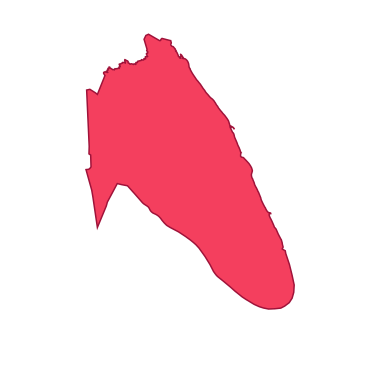 Sveitarfélagið Árborg, Suðurland, Iceland, rotated 225°
{"feature_id": "244011B44443724675216", "entity_name": "Sveitarfélagið Árborg", "entity_type": "district", "adm_level": 2, "iso_a3": "ISL", "parent_name": "Iceland", "parent_adm1": "Suðurland", "projection": "natural_earth1", "projection_center": [-20.988, 63.9], "detail": "fine", "context": "isolated", "style": "filled", "palette": "rose", "viewbox_px": 384, "rotation_deg": 225, "n_neighbors": 0, "source": "geoboundaries", "source_scale": "gbopen_adm2", "svg_char_len": 5724}
<svg xmlns="http://www.w3.org/2000/svg" viewBox="0 0 384 384"><g transform="rotate(225 192 192)"><path d="M282.8,132.9L264.2,122.4L258.7,118.5L233.8,100.0L242.7,121.5L244.7,125.0L250.8,145.1L246.9,147.5L242.0,150.8L226.4,149.9L219.4,149.4L217.7,149.5L213.4,150.4L212.2,150.5L210.7,150.2L209.6,149.8L208.2,149.4L206.6,149.3L204.8,149.5L201.8,150.6L199.8,151.1L198.1,151.3L195.7,151.2L193.2,150.8L189.8,150.5L187.2,150.5L186.0,150.6L182.3,151.5L173.3,154.3L165.5,155.9L159.3,156.9L155.3,157.3L151.9,157.5L147.4,157.3L137.2,155.6L127.9,153.4L120.5,151.0L118.0,150.6L115.5,150.3L113.1,150.4L108.8,150.9L98.2,151.9L91.4,152.3L82.3,153.3L77.9,154.2L68.6,156.5L63.3,158.5L59.3,160.6L55.1,163.4L50.8,168.1L47.1,172.7L45.8,176.8L45.0,182.5L46.1,187.7L49.1,193.0L54.0,198.5L62.5,204.0L71.8,209.6L82.2,214.8L84.5,216.4L87.8,215.5L88.2,216.0L88.5,217.3L88.8,217.6L90.9,218.8L92.4,219.9L95.1,221.4L96.1,221.6L101.2,223.2L106.0,225.1L106.8,225.3L109.0,225.4L109.9,225.9L110.6,226.2L114.4,227.7L116.7,228.5L118.7,229.1L119.9,229.6L121.0,230.2L121.5,230.6L121.9,231.2L122.0,231.4L121.8,231.8L121.0,232.3L121.2,232.6L121.6,232.7L123.2,231.7L123.9,231.5L124.9,231.5L126.0,231.7L127.9,232.2L128.7,232.6L129.9,232.8L133.1,233.8L136.5,235.0L138.1,235.7L139.1,236.4L140.0,236.8L144.9,238.9L145.5,239.0L146.3,239.2L146.7,239.5L148.2,240.0L149.2,240.4L150.5,240.7L152.9,241.5L154.6,242.5L156.8,243.4L158.8,244.3L159.5,244.4L160.0,244.6L161.4,245.5L162.4,246.4L163.2,247.8L163.4,248.2L164.3,249.7L164.9,250.1L166.9,251.2L169.3,251.9L171.9,252.4L176.3,252.6L177.8,252.6L179.5,252.7L180.2,252.6L181.7,251.6L183.0,251.7L184.4,253.2L184.8,253.9L184.9,254.0L185.2,254.1L185.4,254.3L185.2,254.6L186.4,254.9L187.5,255.5L188.3,255.9L189.4,256.3L189.9,256.6L191.5,257.1L193.4,257.8L194.0,258.2L195.4,258.8L200.7,260.9L202.4,262.0L203.5,262.6L204.5,262.9L205.3,262.9L205.6,262.9L208.1,263.8L209.7,264.3L210.5,264.6L210.8,264.8L209.3,265.6L210.6,265.1L211.5,265.4L211.7,265.5L211.8,265.7L210.2,266.3L209.4,266.5L208.0,266.6L207.3,266.4L207.0,266.4L207.0,266.6L208.1,266.8L209.1,266.7L212.3,265.8L213.6,266.6L216.5,268.1L217.3,268.3L219.1,268.7L223.1,269.3L225.9,269.4L228.1,269.7L229.1,269.7L233.0,270.2L234.4,270.7L235.8,270.8L236.8,271.0L238.0,271.4L239.6,271.7L240.9,272.0L242.6,272.1L243.3,272.1L244.8,271.9L245.8,271.8L247.7,271.9L249.7,272.1L252.1,272.2L253.5,272.4L254.8,272.8L255.9,272.9L257.5,273.1L259.7,273.6L260.5,273.7L262.1,274.1L264.7,274.3L265.9,274.5L268.0,274.6L274.6,275.9L276.3,276.3L279.7,277.3L280.2,277.7L280.9,277.9L281.6,278.0L282.4,278.3L284.1,279.6L285.4,280.5L287.4,281.3L288.6,281.5L289.7,281.5L290.7,281.4L291.4,281.1L292.2,280.5L292.8,280.0L293.1,280.0L293.4,280.3L293.2,280.8L294.8,281.1L295.9,281.4L297.0,281.4L297.4,281.3L297.4,281.2L297.2,281.0L296.6,280.8L296.0,280.3L295.6,279.9L295.7,279.4L295.2,278.9L294.6,278.6L295.0,278.2L295.6,278.2L296.0,278.5L296.3,278.7L296.8,278.6L297.0,278.3L297.3,278.3L297.7,278.4L298.1,278.8L299.6,279.3L300.2,279.6L301.7,280.1L302.5,280.1L302.9,280.1L302.9,280.4L303.0,280.6L303.5,280.8L304.4,280.8L304.8,281.0L305.1,281.3L306.0,281.3L307.8,281.5L308.3,281.4L308.9,281.0L309.6,280.8L310.9,281.0L311.4,281.4L311.7,281.8L311.9,282.6L312.2,282.9L312.6,283.2L313.8,283.7L314.1,284.0L314.5,283.7L321.8,279.4L321.9,279.2L321.9,278.9L321.9,277.9L321.5,277.4L321.5,276.9L321.5,276.6L321.8,276.3L322.0,276.1L334.3,272.8L335.3,270.1L333.9,266.1L324.7,261.1L324.0,259.9L323.8,259.8L322.9,259.9L322.4,259.8L322.1,259.5L322.1,259.2L321.6,258.8L321.6,258.2L322.1,257.9L322.1,257.7L321.8,257.3L321.0,257.1L320.7,256.8L319.2,256.4L319.2,256.2L319.4,255.9L319.7,255.6L319.8,255.5L320.4,255.1L320.6,254.8L320.6,254.7L320.5,254.4L320.3,254.3L319.8,253.8L319.2,253.6L319.0,253.4L319.1,253.2L319.3,252.8L319.9,252.6L320.2,252.3L320.2,252.2L319.9,252.0L319.6,251.7L319.7,251.2L319.9,250.8L319.9,250.7L320.1,250.5L320.6,250.2L321.1,250.1L321.2,249.9L320.9,249.7L321.0,249.3L321.0,249.0L321.8,247.8L322.1,247.2L322.3,247.0L322.3,246.8L322.4,246.6L322.8,246.2L322.6,245.8L322.6,245.2L322.2,245.0L322.2,244.8L322.3,244.7L322.6,244.5L323.1,244.1L323.1,243.8L323.0,243.5L322.7,243.3L322.5,243.2L322.2,242.8L322.0,242.6L322.0,242.4L323.6,241.7L323.5,241.3L323.5,241.1L323.5,240.9L323.7,240.7L324.3,240.4L324.8,240.3L325.3,240.0L325.6,239.7L325.9,239.3L325.9,239.0L326.0,238.9L326.5,238.5L326.9,238.6L327.3,238.7L327.9,238.4L328.2,238.2L328.5,238.2L329.3,239.0L329.5,239.1L330.1,239.1L330.5,239.0L331.9,238.5L333.0,238.2L333.0,237.9L332.6,237.6L332.4,237.2L331.4,236.8L331.0,236.7L330.5,236.1L331.3,235.9L331.4,235.5L332.0,235.2L332.3,234.8L332.7,234.5L332.7,234.4L332.4,234.1L332.4,233.7L332.6,233.6L332.8,233.3L332.8,233.0L333.1,232.4L333.0,232.0L333.8,231.2L333.8,230.9L333.2,230.8L333.1,230.5L331.7,230.2L331.5,229.9L332.1,229.6L332.0,229.1L331.8,228.9L331.7,228.4L331.0,228.3L330.9,228.2L330.9,227.9L331.1,227.8L331.6,227.6L331.8,227.3L331.8,227.2L331.8,226.9L332.0,226.5L332.4,226.1L332.7,225.7L332.8,225.4L333.3,225.0L333.5,224.9L333.7,224.7L333.4,224.3L333.4,223.9L333.3,223.5L334.1,223.1L334.5,222.6L334.7,222.4L335.4,222.4L336.0,222.1L336.6,222.1L337.2,221.8L338.0,221.9L338.3,222.1L338.6,222.1L339.0,221.7L338.7,221.2L338.3,220.7L338.2,220.5L338.3,220.3L338.8,220.0L338.8,219.9L338.0,219.5L337.7,219.1L338.1,218.7L337.7,218.4L337.7,218.1L337.9,217.9L337.9,217.7L337.6,217.6L337.5,217.3L337.4,217.2L337.1,217.1L336.4,217.0L336.2,217.0L336.2,216.9L336.7,216.4L337.9,216.2L337.8,215.9L338.0,215.8L338.3,215.4L338.5,215.3L338.8,215.0L338.7,214.7L338.9,214.3L339.0,214.1L338.8,213.8L338.4,213.4L338.1,213.3L335.9,212.8L327.9,194.1L330.6,193.8L336.8,192.4L338.6,189.6L297.0,151.6L291.8,146.1L289.8,146.5L281.2,138.4L280.9,136.8L281.1,135.0L282.8,132.9Z" fill="#f43f5e" stroke="#9f1239" stroke-width="1.5"/></g></svg>